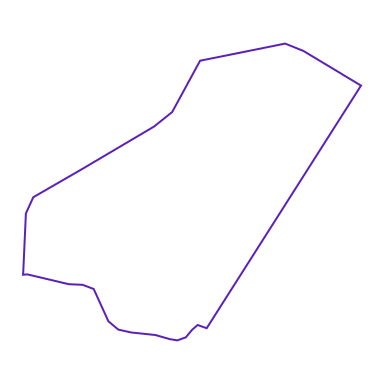 Ali Sabieh, Mercator projection
{"feature_id": "DJI-1566", "entity_name": "Ali Sabieh", "entity_type": "Region", "adm_level": 1, "iso_a3": "DJI", "parent_name": "Djibouti", "parent_adm1": "", "projection": "mercator", "projection_center": [42.821, 11.228], "detail": "fine", "context": "isolated", "style": "outline", "palette": "violet", "viewbox_px": 384, "rotation_deg": 0, "n_neighbors": 0, "source": "natural_earth", "source_scale": "10m", "svg_char_len": 425}
<svg xmlns="http://www.w3.org/2000/svg" viewBox="0 0 384 384"><path d="M361.0,85.6L206.7,328.2L197.6,325.0L191.8,330.1L185.9,337.3L177.3,340.4L169.7,339.1L155.3,335.0L131.3,332.5L118.3,329.6L108.4,321.3L93.7,289.0L82.5,284.8L68.7,284.2L27.4,274.4L23.0,274.7L23.2,273.2L25.9,213.4L33.3,197.2L80.3,170.1L154.1,126.5L172.2,112.0L200.1,60.7L285.1,43.6L303.5,51.0L361.0,85.6Z" fill="none" stroke="#5b21b6" stroke-width="2"/></svg>